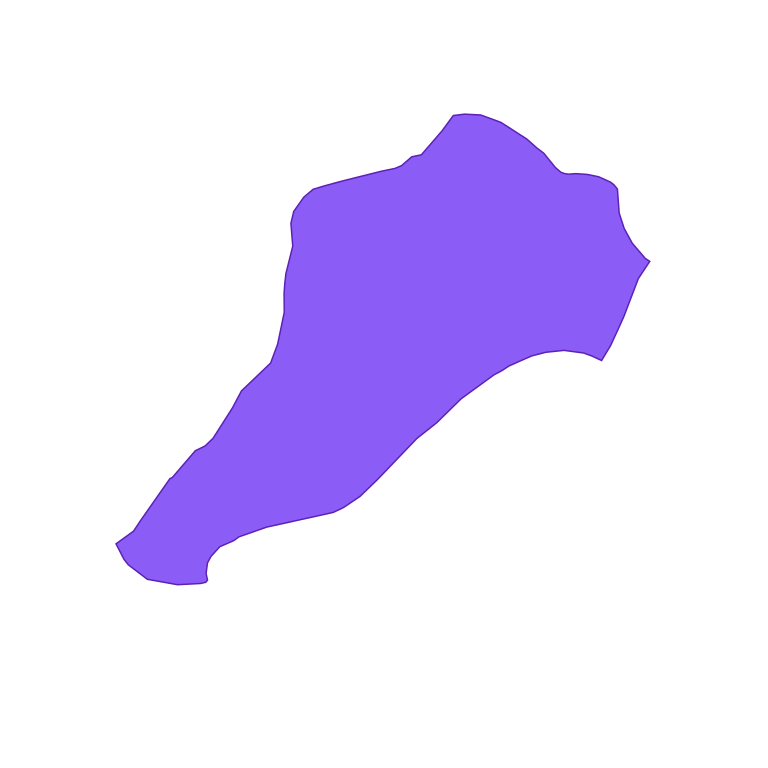 outline of Santa Cruz del Quiché, Quiché, Guatemala, rotated 33°
{"feature_id": "79465075B15247969306160", "entity_name": "Santa Cruz del Quiché", "entity_type": "district", "adm_level": 2, "iso_a3": "GTM", "parent_name": "Guatemala", "parent_adm1": "Quiché", "projection": "orthographic", "projection_center": [-91.122, 15.026], "detail": "fine", "context": "isolated", "style": "filled", "palette": "violet", "viewbox_px": 768, "rotation_deg": 33, "n_neighbors": 0, "source": "geoboundaries", "source_scale": "gbopen_adm2", "svg_char_len": 1233}
<svg xmlns="http://www.w3.org/2000/svg" viewBox="0 0 768 768"><g transform="rotate(33 384 384)"><path d="M553.7,245.8L553.1,228.2L550.2,208.3L548.4,196.7L541.5,164.5L539.9,157.1L540.1,136.4L534.8,136.4L515.7,130.8L500.8,122.8L488.1,112.5L473.6,93.4L468.4,91.7L464.2,91.3L451.1,93.3L440.6,97.4L430.3,103.1L424.5,107.5L421.1,109.1L417.2,110.1L409.8,109.1L392.2,103.4L383.6,102.8L370.4,100.8L339.7,100.9L318.6,105.7L304.6,113.8L295.9,121.1L294.8,140.2L290.5,171.4L283.5,178.4L279.8,191.3L275.8,197.2L265.9,207.0L241.4,233.3L236.0,239.2L226.1,250.3L218.5,259.3L215.0,271.0L214.3,288.4L218.4,299.9L232.4,318.1L241.6,344.8L246.3,354.2L250.9,362.5L261.3,378.2L273.1,408.5L277.5,428.2L268.2,467.5L269.9,486.4L270.2,522.6L267.7,533.4L262.1,542.7L257.4,577.7L256.0,579.9L254.2,631.7L254.1,643.8L246.3,664.0L261.3,672.6L268.0,674.9L291.9,676.7L320.1,664.8L338.7,651.3L342.5,647.4L342.8,644.6L338.0,639.8L333.4,630.2L332.8,622.8L334.9,609.9L343.4,597.0L345.5,591.3L363.4,568.1L411.4,519.3L417.4,509.5L425.1,491.3L430.6,467.5L441.2,411.9L449.3,387.8L456.8,354.2L471.3,316.3L475.7,308.4L478.9,301.0L484.7,292.0L492.5,280.1L502.4,269.3L516.6,257.8L534.5,249.3L542.7,247.4L553.7,245.8Z" fill="#8b5cf6" stroke="#5b21b6" stroke-width="1.5"/></g></svg>